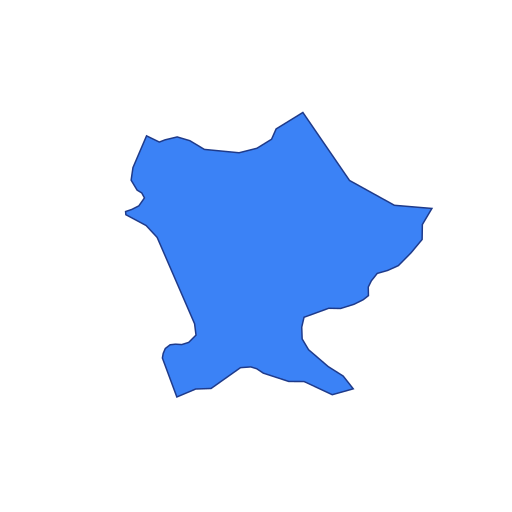 an SVG outline of Škofja Loka, rotated 224°
{"feature_id": "SVN-1017", "entity_name": "Škofja Loka", "entity_type": "Municipality", "adm_level": 1, "iso_a3": "SVN", "parent_name": "Slovenia", "parent_adm1": "", "projection": "albers", "projection_center": [14.27, 46.166], "detail": "fine", "context": "isolated", "style": "filled", "palette": "blue", "viewbox_px": 512, "rotation_deg": 224, "n_neighbors": 0, "source": "natural_earth", "source_scale": "10m", "svg_char_len": 948}
<svg xmlns="http://www.w3.org/2000/svg" viewBox="0 0 512 512"><g transform="rotate(224 256 256)"><path d="M215.0,99.6L252.5,117.6L255.1,121.5L257.0,126.5L256.1,132.5L252.7,136.6L247.9,140.7L244.4,147.1L244.2,157.4L253.1,164.6L340.0,200.7L356.2,201.6L378.3,195.3L380.7,197.4L377.7,203.2L375.1,210.7L376.6,220.3L382.0,222.0L387.3,220.8L398.5,223.8L405.9,234.1L418.2,266.4L404.7,270.8L402.1,276.4L395.4,286.9L383.7,293.0L367.2,296.8L339.9,318.5L330.2,334.1L325.9,350.8L329.8,361.4L322.0,391.8L241.2,375.3L191.7,388.6L162.5,412.4L158.2,394.2L148.0,383.3L146.7,366.0L146.9,348.0L151.3,337.0L156.7,327.7L155.8,318.3L153.7,311.7L147.6,305.6L148.5,299.1L151.9,289.5L158.7,277.0L167.4,268.9L178.9,245.3L173.7,236.6L165.2,228.4L153.1,225.1L127.3,226.6L109.9,230.2L93.8,228.0L104.8,209.2L134.2,199.1L145.3,188.5L169.4,176.8L177.2,175.4L182.7,172.6L189.6,164.9L196.3,129.5L207.0,118.4L215.0,99.6Z" fill="#3b82f6" stroke="#1e3a8a" stroke-width="1.5"/></g></svg>